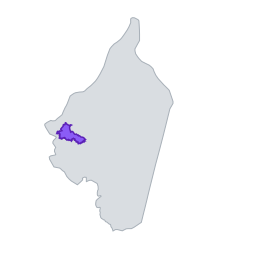 Jebel Saman, Aleppo, Syria (highlighted), rotated 317°
{"feature_id": "27442178B96508006833869", "entity_name": "Jebel Saman", "entity_type": "district", "adm_level": 2, "iso_a3": "SYR", "parent_name": "Syria", "parent_adm1": "Aleppo", "projection": "orthographic", "projection_center": [37.058, 35.942], "detail": "fine", "context": "in_parent", "style": "filled", "palette": "violet", "viewbox_px": 256, "rotation_deg": 317, "n_neighbors": 0, "source": "geoboundaries", "source_scale": "gbopen_adm2", "svg_char_len": 5465}
<svg xmlns="http://www.w3.org/2000/svg" viewBox="0 0 256 256"><g transform="rotate(317 128 128)"><path d="M50.6,95.5L52.5,95.7L56.4,98.1L57.1,98.1L58.3,94.9L59.5,93.8L61.9,92.9L62.7,87.8L63.8,86.8L65.2,86.3L67.3,86.2L69.2,85.9L69.3,85.0L66.7,79.0L67.0,77.5L68.2,71.5L69.0,69.2L69.8,68.4L72.7,68.7L76.7,69.8L77.8,71.5L79.8,73.0L82.8,72.9L86.2,73.2L88.9,73.3L91.1,72.2L95.9,70.2L98.3,69.5L100.5,68.6L107.4,65.2L110.2,65.5L112.2,65.9L113.6,66.4L117.0,68.6L119.7,70.8L121.6,71.4L125.1,71.3L130.1,71.7L136.2,71.5L139.7,70.8L144.2,69.5L152.3,66.6L162.7,60.7L168.9,57.7L171.5,57.3L175.0,57.1L178.6,57.7L182.5,58.0L184.4,57.9L188.6,57.1L194.2,55.8L197.6,54.7L201.7,52.9L204.2,50.2L205.1,49.9L206.2,50.3L206.7,50.5L207.9,51.9L209.2,55.5L209.2,55.9L209.1,57.0L206.5,60.2L202.9,64.5L200.4,67.3L196.1,71.9L192.7,73.0L187.0,74.9L185.6,76.5L184.2,79.0L183.6,82.5L183.4,84.6L183.4,88.6L184.9,92.7L186.4,96.6L186.7,99.2L186.7,101.8L185.5,104.6L184.3,108.4L183.7,112.7L183.6,120.7L183.9,127.5L183.8,128.7L181.6,133.6L179.0,139.3L177.7,140.7L171.6,142.6L165.0,146.9L157.5,151.8L150.7,156.2L143.5,160.8L136.1,165.5L130.7,168.9L123.6,173.3L117.0,177.6L110.4,181.9L105.3,185.2L97.5,190.3L93.0,193.3L86.3,197.7L80.4,201.5L73.4,206.1L64.6,204.7L61.8,203.9L59.5,201.7L57.9,200.5L53.7,199.3L51.1,195.2L49.5,193.7L46.8,193.1L48.0,190.5L48.2,188.7L49.4,186.7L48.7,185.3L48.4,182.4L47.9,181.6L47.7,180.9L48.1,179.9L48.0,179.0L47.5,178.5L47.3,177.1L46.9,176.0L47.1,174.7L47.7,173.8L48.4,172.2L49.1,171.7L50.3,170.7L50.6,169.6L51.7,168.6L53.1,167.7L53.4,167.1L53.2,166.7L51.8,165.9L51.1,164.5L51.8,162.5L52.2,161.9L53.1,161.0L55.0,159.5L56.4,159.3L57.7,159.3L59.8,159.4L61.5,159.7L61.9,159.3L61.9,158.8L59.8,157.6L59.7,156.7L60.2,155.7L61.7,154.1L63.4,152.9L64.3,152.7L66.3,150.3L67.6,147.6L65.6,141.2L64.3,140.1L62.3,139.2L61.2,139.1L61.1,138.6L62.7,137.0L63.8,135.6L62.6,134.2L60.4,133.6L59.5,135.0L56.7,135.1L52.3,135.0L50.4,128.1L50.1,125.2L50.2,121.7L51.6,116.7L51.0,114.4L51.0,112.8L50.7,110.7L47.3,106.0L49.3,97.5L50.6,95.5Z" fill="#d9dde1" stroke="#a8b0b8" stroke-width="1"/><path d="M86.1,81.9L85.8,81.5L85.5,81.7L84.9,82.0L84.6,82.3L84.0,82.5L83.9,82.5L83.7,82.2L83.5,81.8L83.3,81.6L83.1,81.6L82.7,81.6L82.5,81.8L82.1,82.1L81.9,82.4L81.5,82.5L81.0,82.6L80.5,82.6L80.0,82.6L79.6,82.7L79.2,82.7L78.8,82.9L78.6,82.9L78.3,83.0L78.1,82.9L77.9,83.1L77.9,83.5L77.8,84.1L77.8,84.8L77.3,84.5L76.6,84.4L76.1,83.7L76.0,83.8L75.5,83.9L75.2,83.7L74.9,83.2L74.6,82.7L74.3,82.5L74.0,82.5L73.6,82.6L73.2,82.7L73.1,83.2L72.6,83.4L72.2,83.5L72.4,83.7L72.4,83.8L72.5,83.8L72.8,83.8L73.0,84.4L73.6,84.3L73.8,84.4L73.7,84.5L73.6,84.8L73.7,85.0L73.8,85.1L73.8,85.3L74.0,85.4L74.1,85.5L74.2,85.9L74.1,86.0L74.1,85.9L74.0,86.0L73.9,86.3L73.6,86.4L73.5,86.5L73.3,86.5L73.2,86.4L72.9,86.6L72.7,86.7L72.6,86.8L72.6,87.1L72.4,87.1L72.4,87.3L72.5,87.3L72.3,87.8L72.2,88.0L71.9,88.1L71.7,88.1L71.3,88.3L71.1,88.3L70.9,88.4L71.0,88.6L71.2,88.9L71.2,89.0L71.3,89.0L71.4,89.3L71.5,89.4L71.9,89.5L72.0,89.6L72.1,89.8L71.9,89.9L71.8,90.0L71.7,90.3L71.7,90.5L71.8,90.5L72.1,90.7L72.2,90.8L72.4,91.0L72.5,91.0L72.8,91.0L72.9,90.9L73.4,90.9L73.5,90.9L73.6,91.0L73.8,91.0L74.0,91.0L74.1,91.3L74.2,91.6L74.3,91.8L74.5,91.7L75.0,91.7L75.2,91.8L75.2,92.0L75.2,92.3L75.1,92.5L75.0,92.8L75.0,93.0L75.0,93.3L74.9,93.5L74.9,93.8L74.9,94.0L75.0,94.2L75.0,94.3L75.0,94.6L75.1,94.8L75.1,95.0L75.4,95.0L75.5,95.3L75.7,95.5L75.8,95.8L75.9,95.7L76.0,95.7L76.2,95.8L76.4,95.7L76.5,95.7L76.7,95.8L76.7,96.0L76.5,96.3L76.6,96.5L76.9,96.6L77.0,96.6L77.1,96.8L77.1,97.1L77.0,97.3L77.1,97.5L77.3,97.8L77.5,97.8L77.6,98.0L77.8,98.1L77.8,98.4L77.8,98.6L77.8,98.8L77.8,99.0L78.0,98.9L78.2,98.7L78.3,98.7L78.5,98.6L78.8,98.7L78.9,98.3L78.9,98.2L79.0,97.9L79.5,98.1L79.8,98.0L79.9,98.3L80.1,98.4L80.3,98.5L80.5,98.7L80.7,98.3L80.8,98.3L81.0,98.3L81.0,98.9L81.0,99.0L81.3,99.2L81.5,99.3L81.6,99.7L81.6,99.8L81.2,99.8L80.9,100.2L80.8,100.3L81.0,100.4L81.1,100.5L81.0,100.8L80.8,100.8L80.7,100.8L80.8,101.0L81.1,101.1L81.1,101.3L81.1,101.5L81.1,101.8L81.1,102.0L80.9,102.2L80.8,102.4L80.6,102.7L80.6,102.9L80.7,103.1L80.9,103.2L81.0,103.2L81.5,103.2L81.5,103.3L81.5,103.5L81.4,103.6L81.3,103.8L81.3,104.0L81.5,104.1L81.8,104.3L81.6,104.5L81.4,104.6L81.2,104.9L81.1,105.0L81.1,105.3L80.9,105.6L81.0,105.7L81.4,105.7L81.5,105.7L81.9,105.8L82.0,105.9L82.1,106.0L82.2,106.4L82.3,106.6L82.3,106.8L82.5,106.9L82.7,106.7L82.8,106.7L83.1,106.7L83.2,106.8L83.1,107.0L83.5,107.1L83.7,106.6L84.0,106.6L84.2,106.8L84.2,107.1L84.3,107.2L84.3,107.3L84.5,107.4L84.7,107.5L84.9,107.4L85.2,107.4L85.2,107.2L85.3,107.2L85.6,107.0L85.8,107.2L86.0,107.2L86.3,107.1L86.2,107.5L86.1,107.8L86.3,107.9L86.3,108.0L86.5,107.9L86.8,108.2L87.3,107.9L87.8,108.2L87.8,107.4L87.7,107.3L88.6,106.7L88.9,106.8L89.0,106.9L89.0,105.2L88.7,104.1L88.3,103.5L87.8,103.0L87.4,102.4L87.4,101.8L87.3,100.7L87.1,100.5L86.9,100.3L86.4,99.9L86.4,99.5L86.8,99.3L86.8,99.1L86.5,98.9L86.4,98.8L86.2,98.7L86.2,98.1L86.1,97.8L86.1,97.3L86.1,97.2L85.4,96.9L84.9,96.5L84.8,96.3L84.7,95.8L84.8,95.1L85.0,94.4L85.0,93.7L85.1,93.1L85.1,92.8L84.8,92.6L84.6,92.5L84.5,92.2L84.1,91.8L83.8,91.9L83.5,92.1L83.2,92.1L83.2,91.9L83.3,91.6L83.6,91.3L83.9,91.0L84.0,90.5L84.3,89.7L84.6,89.2L84.9,88.7L85.4,88.1L85.9,87.5L86.2,87.3L86.5,87.2L87.0,87.2L87.8,87.1L88.3,87.1L88.6,87.2L88.4,86.7L88.2,86.6L87.9,86.4L87.6,86.4L87.3,86.6L87.2,86.6L86.6,86.5L86.7,86.1L86.7,85.8L86.5,85.3L86.2,84.8L86.1,84.3L86.2,84.1L85.8,83.4L85.8,83.0L86.0,82.1L86.1,81.9Z" fill="#8b5cf6" stroke="#5b21b6" stroke-width="1.5"/></g></svg>